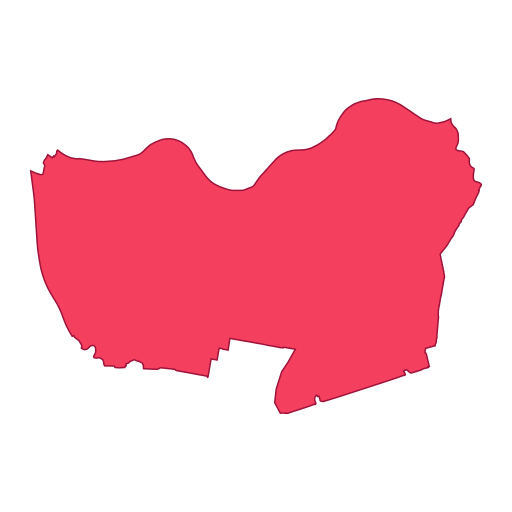 the district of Halderberge, Noord-Brabant, Netherlands
{"feature_id": "6326949B33385594138749", "entity_name": "Halderberge", "entity_type": "district", "adm_level": 2, "iso_a3": "NLD", "parent_name": "Netherlands", "parent_adm1": "Noord-Brabant", "projection": "albers", "projection_center": [4.523, 51.59], "detail": "fine", "context": "isolated", "style": "filled", "palette": "rose", "viewbox_px": 512, "rotation_deg": 0, "n_neighbors": 0, "source": "geoboundaries", "source_scale": "gbopen_adm2", "svg_char_len": 5982}
<svg xmlns="http://www.w3.org/2000/svg" viewBox="0 0 512 512"><path d="M450.7,118.7L447.6,120.3L444.5,121.6L438.5,123.1L436.5,123.2L434.5,123.0L433.1,122.7L431.5,122.0L425.8,120.5L424.1,119.9L421.8,118.9L419.3,117.4L415.2,114.6L414.0,114.0L413.7,113.6L413.0,113.1L403.2,106.5L400.9,105.0L398.3,103.6L396.1,102.5L392.7,101.2L390.2,100.4L387.1,99.7L383.4,99.1L377.6,98.7L373.6,99.0L371.3,99.4L364.8,100.9L361.7,101.3L360.3,101.7L359.7,102.0L355.1,103.6L353.2,104.5L348.4,107.7L346.9,108.9L344.9,110.8L343.6,112.4L340.6,116.6L338.5,120.2L337.7,122.0L336.6,125.2L335.7,128.8L335.5,129.2L334.9,130.1L333.9,131.3L330.8,134.6L328.6,136.4L328.1,137.0L325.8,139.1L324.1,140.5L320.4,143.1L317.3,145.0L311.1,148.1L307.4,149.2L305.4,149.6L302.6,149.9L295.2,150.2L291.4,150.7L287.0,152.0L283.9,153.4L281.5,154.8L279.4,156.2L277.1,158.1L275.7,159.5L271.4,164.2L265.9,170.3L263.0,173.6L261.6,175.0L259.6,177.3L257.3,180.5L256.4,181.9L255.5,183.1L254.6,184.7L253.2,186.2L251.9,187.0L248.1,188.4L247.0,188.9L244.3,190.0L242.9,190.3L240.9,190.4L232.1,190.4L229.7,189.9L226.4,189.1L219.5,186.6L216.4,185.1L213.3,183.4L210.8,181.5L208.1,178.9L206.2,176.7L197.9,165.5L196.0,162.6L195.0,160.6L193.2,156.6L192.4,154.3L191.3,152.0L190.6,150.9L189.0,148.6L187.8,147.2L185.6,145.2L183.2,143.4L181.8,142.4L178.5,140.8L176.1,139.9L174.1,139.3L170.2,138.8L166.2,138.8L162.7,139.4L160.1,140.2L155.2,142.2L151.4,144.2L149.5,145.4L147.4,147.3L142.7,151.9L141.6,152.8L140.2,153.9L137.9,154.9L124.6,158.9L121.3,159.6L114.8,160.8L103.8,161.6L98.5,161.5L94.9,161.1L83.1,159.1L78.7,158.6L77.3,159.0L73.0,158.2L71.3,158.0L68.7,157.0L65.4,155.5L61.9,153.3L57.6,150.1L56.7,151.1L56.7,152.2L56.5,153.6L54.4,156.6L53.6,156.0L52.4,157.8L47.8,154.7L46.6,157.1L45.7,158.7L44.9,159.6L43.9,161.2L43.4,162.6L43.4,163.2L43.6,163.5L44.2,164.3L44.6,165.0L44.7,165.3L44.7,166.1L44.5,166.9L44.2,167.8L43.8,170.1L43.7,170.9L43.1,173.3L42.7,174.2L42.4,174.4L42.1,174.6L40.4,174.6L39.7,174.4L37.6,173.6L37.4,173.5L37.1,173.7L30.7,170.9L33.7,193.7L34.3,199.2L34.7,204.6L37.2,243.0L37.6,247.5L38.0,251.4L39.5,261.1L40.7,267.5L41.8,272.1L42.7,275.1L44.3,279.8L45.6,283.1L47.3,286.9L48.6,289.5L50.6,293.1L53.9,298.7L54.9,300.1L56.1,302.3L56.7,303.1L58.1,305.8L60.0,309.8L61.1,312.2L62.1,314.9L64.5,321.3L66.4,325.8L68.9,330.7L70.7,333.8L72.2,336.3L73.9,335.7L74.4,336.9L74.7,337.4L75.6,338.1L77.8,339.7L78.9,340.6L81.0,343.9L81.5,345.1L81.8,346.1L81.4,348.2L82.5,348.7L83.4,349.4L84.4,349.6L85.7,349.5L86.8,349.2L87.9,348.5L89.1,347.3L89.9,346.3L90.5,346.0L91.3,345.7L93.2,345.4L94.2,345.8L94.9,346.6L95.3,347.4L95.6,348.6L95.7,349.6L95.7,350.3L95.6,352.3L95.1,353.5L93.9,355.9L93.7,356.5L93.7,357.1L93.9,357.4L94.3,357.8L96.0,358.0L96.7,358.1L98.6,357.7L99.2,357.7L100.7,358.4L102.4,359.4L103.0,360.1L103.3,360.8L103.6,362.3L103.8,363.0L103.9,364.0L104.0,364.8L104.8,365.9L114.0,366.0L115.1,367.5L119.5,367.8L124.7,367.5L124.6,367.2L124.7,366.9L125.5,366.5L126.1,365.7L126.2,365.1L126.1,363.9L126.2,363.6L126.5,363.5L128.2,363.2L129.6,362.0L130.3,361.4L133.7,359.9L134.6,359.8L136.0,360.4L136.0,360.6L139.0,361.4L142.1,363.0L142.6,363.7L143.2,365.0L143.4,366.9L143.5,368.7L144.3,368.8L144.5,368.7L149.8,369.0L156.7,369.3L157.8,369.2L159.8,368.1L160.4,367.9L161.3,367.8L174.7,369.3L175.1,369.5L175.8,370.3L176.1,370.5L206.2,376.0L206.6,376.2L207.2,376.6L207.4,376.8L207.6,377.3L208.0,377.0L211.1,358.9L217.1,360.0L219.1,348.3L221.9,348.5L222.3,349.0L228.1,350.1L229.9,338.4L246.1,341.3L247.2,341.4L253.7,342.6L262.6,344.2L269.3,345.6L271.5,345.9L280.9,347.7L283.3,347.8L283.4,347.3L283.6,347.2L295.3,349.2L288.1,362.1L282.8,370.0L281.6,372.0L276.2,389.1L276.2,389.7L276.1,390.2L275.8,392.7L274.7,402.6L280.3,413.2L282.4,413.0L283.6,413.0L285.4,413.3L287.5,413.3L308.0,406.6L311.8,405.3L314.1,404.3L314.3,404.5L314.8,404.4L314.6,404.1L315.3,403.9L315.4,404.2L315.6,404.1L315.9,403.8L315.9,403.5L314.7,400.1L314.7,398.8L314.9,397.5L315.0,396.9L315.4,396.4L315.7,396.2L316.4,395.2L317.7,396.2L317.8,396.5L319.0,396.2L320.0,399.6L320.1,400.4L320.4,400.8L320.6,401.0L321.1,401.2L323.1,401.5L323.8,401.4L337.1,397.3L384.5,381.9L398.0,377.4L403.4,375.4L404.1,375.4L404.0,375.2L404.6,375.0L404.9,375.2L405.2,374.9L405.3,374.6L404.5,372.2L403.8,371.9L403.6,371.2L404.1,370.5L406.8,369.9L409.9,372.6L410.8,372.9L411.8,372.9L420.8,370.1L423.3,368.8L428.2,367.5L427.9,366.9L429.3,366.5L426.3,354.0L425.6,352.8L425.0,352.6L425.0,351.6L425.5,348.4L435.2,345.7L435.1,345.1L435.1,344.8L435.8,343.3L436.3,341.8L436.4,339.1L436.8,338.2L437.0,336.8L436.9,335.0L437.5,328.5L437.8,324.8L438.3,319.0L438.5,318.0L438.4,316.1L438.2,314.9L438.3,314.1L438.3,310.7L438.5,310.1L438.9,306.9L439.3,305.4L440.4,298.6L441.3,295.1L441.4,294.0L441.8,292.0L442.0,290.3L442.5,288.1L442.6,286.7L443.0,285.1L443.3,282.9L443.8,280.5L444.0,279.0L444.5,277.0L444.5,276.4L444.4,275.9L444.3,274.7L443.9,273.4L443.7,271.1L443.2,269.8L443.1,269.3L443.0,267.4L442.8,266.9L442.4,266.0L442.3,264.9L441.9,263.2L441.8,262.0L440.8,258.3L440.8,257.2L440.2,254.8L440.1,254.1L446.8,245.8L450.6,239.4L453.2,235.7L454.1,233.8L454.5,232.4L454.8,231.8L455.7,230.1L457.1,228.0L457.8,226.9L458.6,225.9L459.1,224.9L459.0,224.6L459.0,224.3L459.2,223.7L460.5,222.5L460.9,222.0L461.2,221.4L461.4,220.2L461.6,219.7L463.6,217.1L464.9,214.6L468.7,208.1L472.9,204.9L473.2,204.7L473.4,204.3L475.6,198.6L478.7,192.3L479.2,190.5L478.7,190.3L480.0,187.3L480.4,186.6L481.1,185.8L481.3,185.3L481.2,184.2L480.4,183.4L479.0,182.5L474.9,181.3L474.2,180.3L473.7,179.5L473.5,178.9L473.3,177.9L473.4,174.2L474.1,169.6L474.1,169.0L474.0,168.7L473.6,168.2L472.0,167.3L470.9,166.5L470.5,166.0L469.7,164.4L469.4,163.5L469.3,162.5L469.4,159.2L469.3,158.5L469.1,158.2L466.8,155.1L463.7,151.9L462.9,151.5L461.9,151.2L459.1,150.9L457.5,150.5L456.4,149.8L455.9,149.1L455.8,148.3L456.0,147.7L457.9,143.3L458.1,142.2L458.4,140.4L458.3,135.6L458.1,133.4L457.7,132.2L457.2,130.9L456.3,129.1L455.3,127.8L454.0,126.7L452.5,124.9L451.4,122.9L451.0,121.8L450.8,120.0L450.7,118.7Z" fill="#f43f5e" stroke="#9f1239" stroke-width="1.5"/></svg>